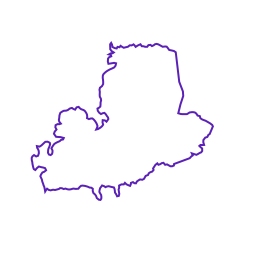 the district of Correia Pinto, Santa Catarina, Brazil, rotated 292°
{"feature_id": "56859067B60834920358023", "entity_name": "Correia Pinto", "entity_type": "district", "adm_level": 2, "iso_a3": "BRA", "parent_name": "Brazil", "parent_adm1": "Santa Catarina", "projection": "mercator", "projection_center": [-50.399, -27.603], "detail": "fine", "context": "isolated", "style": "outline", "palette": "violet", "viewbox_px": 256, "rotation_deg": 292, "n_neighbors": 0, "source": "geoboundaries", "source_scale": "gbopen_adm2", "svg_char_len": 4110}
<svg xmlns="http://www.w3.org/2000/svg" viewBox="0 0 256 256"><g transform="rotate(292 128 128)"><path d="M77.1,50.3L75.6,51.2L74.6,52.6L73.3,53.8L71.3,54.8L68.6,55.0L67.2,53.5L67.7,51.0L65.9,50.0L64.2,49.9L62.2,50.8L60.4,52.1L58.9,52.9L57.4,53.9L55.7,55.1L54.6,56.1L54.3,57.8L57.0,58.7L58.9,59.8L59.2,62.3L59.6,64.3L59.7,66.2L58.1,67.9L56.0,66.7L54.7,65.3L52.4,64.8L50.5,64.8L49.4,65.9L47.9,67.5L46.1,68.7L44.5,70.2L43.2,71.2L42.1,72.4L40.0,73.8L38.1,75.0L40.0,75.3L41.4,75.7L40.9,77.6L41.2,79.6L42.7,81.6L43.2,83.6L44.4,85.2L45.6,86.8L46.8,87.5L47.4,89.3L47.3,91.2L48.4,92.7L48.5,94.7L48.9,96.4L49.8,98.0L51.3,99.9L52.0,102.5L53.1,104.7L55.2,105.3L56.8,106.1L57.6,107.5L58.2,109.8L58.5,112.6L58.4,114.7L58.9,116.4L58.5,118.1L56.4,118.9L54.8,120.2L53.9,122.6L52.9,124.0L51.4,125.3L50.6,127.8L51.0,129.4L52.4,129.7L54.0,129.2L55.8,128.2L57.0,126.6L58.0,125.4L59.8,124.9L61.8,124.7L65.0,125.5L65.1,127.7L64.7,129.3L65.8,130.3L66.8,131.9L67.1,134.4L67.6,137.2L66.5,138.3L64.9,139.3L63.3,140.1L62.1,141.9L60.6,143.5L61.6,144.9L63.6,144.6L65.6,143.4L67.5,142.3L69.2,142.2L71.3,141.3L73.2,143.0L74.1,145.2L76.0,145.7L75.2,147.6L75.1,149.5L75.1,151.6L76.7,151.7L78.2,151.3L79.7,152.9L79.2,154.6L79.7,156.1L81.8,156.3L83.2,157.2L84.8,158.4L85.4,160.7L86.9,161.9L88.4,162.1L90.2,162.3L92.0,164.2L93.8,164.2L95.3,165.2L96.7,166.8L98.7,167.4L99.9,166.4L101.9,166.8L104.0,167.2L106.2,168.4L105.3,170.0L106.5,171.4L108.1,172.5L109.0,173.9L107.8,176.2L108.9,177.9L108.6,180.1L108.4,181.7L109.0,183.2L110.4,184.6L111.9,184.2L123.1,196.5L125.5,197.4L126.8,198.3L128.4,196.7L128.6,199.4L128.8,201.5L130.2,202.7L131.7,203.8L132.9,205.0L134.5,205.4L136.8,204.4L137.5,202.3L138.1,200.9L139.5,201.6L140.0,203.2L140.8,204.9L143.1,203.1L145.1,202.4L146.5,202.8L148.0,203.2L149.4,204.9L151.7,205.1L153.0,206.0L161.3,206.1L162.4,204.9L163.1,202.2L163.4,200.1L163.8,197.3L163.7,194.8L163.8,192.8L164.4,191.2L165.9,190.2L165.6,187.8L166.6,186.5L167.4,184.8L167.3,183.1L166.7,181.4L165.4,179.2L164.2,178.4L163.0,177.5L162.2,175.7L161.5,173.9L160.8,172.0L160.5,169.1L169.5,167.8L178.4,167.2L182.5,165.2L190.0,158.2L211.4,146.5L216.1,143.9L216.6,141.8L216.3,139.7L215.8,137.0L217.1,134.9L217.9,133.4L217.5,131.9L216.3,129.7L216.7,126.7L216.9,124.8L216.7,123.0L215.8,121.7L214.3,120.8L212.9,119.5L213.5,117.7L212.5,115.9L210.5,115.4L209.7,113.5L209.6,111.8L209.0,110.1L210.3,108.2L208.1,106.1L206.1,104.7L207.0,103.3L207.6,101.8L206.0,100.5L205.3,98.6L203.3,97.5L201.9,95.5L200.8,94.0L201.0,92.3L201.4,90.3L199.7,89.9L199.3,87.9L197.5,87.7L197.1,85.8L197.3,83.3L199.3,82.0L200.6,80.5L198.9,80.1L197.2,80.8L195.9,81.4L194.4,82.0L193.2,83.9L192.7,86.5L191.5,85.7L190.7,84.0L189.1,82.8L189.4,84.6L188.2,85.6L186.6,84.0L184.9,83.5L182.1,84.4L180.2,85.8L181.1,87.3L182.3,89.3L183.2,90.7L183.5,92.7L181.1,93.1L179.0,92.5L177.3,91.0L175.5,89.2L174.0,88.0L172.5,86.9L171.1,86.1L169.8,85.5L168.4,85.0L166.9,85.1L165.0,85.8L163.3,86.8L161.5,87.7L159.4,88.5L157.1,88.2L154.8,86.9L152.8,87.2L151.0,88.3L149.3,88.9L147.7,89.5L146.4,90.2L145.1,91.8L143.6,92.7L141.4,93.0L139.3,93.8L137.5,94.3L135.9,93.5L134.6,92.4L132.7,93.5L131.4,95.5L130.8,97.7L132.3,99.1L133.2,100.5L132.4,102.3L131.1,104.1L130.3,105.5L129.0,106.4L127.4,106.1L125.8,105.7L126.4,103.7L125.8,101.6L123.6,102.3L121.8,103.7L120.0,103.3L118.2,102.4L115.9,100.7L114.7,99.1L117.1,99.2L118.5,98.9L120.4,97.2L122.0,95.0L123.0,93.1L123.5,91.5L122.9,90.0L121.6,88.4L121.8,86.3L123.3,85.9L125.0,85.0L126.1,83.9L127.5,81.9L128.0,80.2L127.9,77.5L128.4,75.6L129.1,74.3L127.9,72.6L125.2,72.1L125.2,70.3L125.6,68.5L124.5,67.0L123.2,66.1L122.0,65.4L120.9,64.1L119.9,62.0L118.8,61.0L116.8,59.6L114.1,59.7L111.5,60.5L109.5,60.9L108.1,61.9L106.9,64.1L105.8,62.9L105.2,61.2L103.5,59.8L101.4,60.4L99.8,62.3L97.3,61.4L94.9,61.5L93.8,63.2L92.9,64.6L93.4,66.2L94.3,68.9L94.7,72.2L93.1,72.1L91.9,70.4L90.2,69.6L88.6,68.0L87.1,66.7L85.7,65.7L84.0,65.2L82.4,64.9L80.5,64.6L78.9,66.4L77.4,67.0L75.6,67.3L73.9,66.4L73.8,64.6L75.1,63.1L77.4,62.3L79.0,62.0L80.8,62.1L82.4,62.0L83.9,61.8L85.0,61.0L85.2,58.6L84.2,56.5L82.1,55.5L79.5,54.3L77.6,53.0L77.1,50.3Z" fill="none" stroke="#5b21b6" stroke-width="2"/></g></svg>